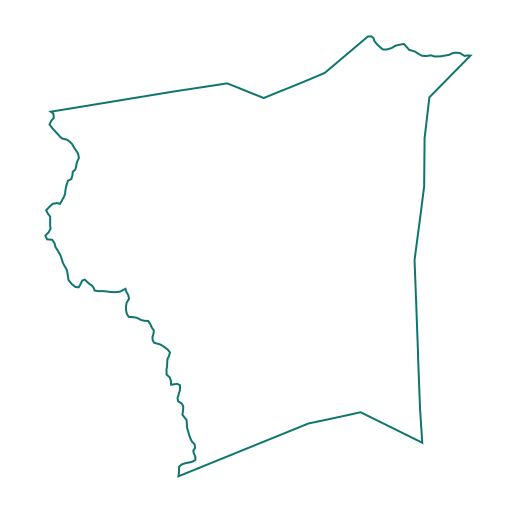 outline of Boquira, Bahia, Brazil, rotated 181°
{"feature_id": "56859067B56543556798055", "entity_name": "Boquira", "entity_type": "district", "adm_level": 2, "iso_a3": "BRA", "parent_name": "Brazil", "parent_adm1": "Bahia", "projection": "orthographic", "projection_center": [-42.646, -12.726], "detail": "fine", "context": "isolated", "style": "outline", "palette": "teal", "viewbox_px": 512, "rotation_deg": 181, "n_neighbors": 0, "source": "geoboundaries", "source_scale": "gbopen_adm2", "svg_char_len": 2326}
<svg xmlns="http://www.w3.org/2000/svg" viewBox="0 0 512 512"><g transform="rotate(181 256 256)"><path d="M446.9,242.1L444.8,238.6L443.9,233.9L443.1,228.8L439.4,224.4L435.9,221.8L432.8,221.6L431.1,224.5L429.4,228.3L426.8,229.4L424.4,227.2L422.0,225.1L419.4,223.6L417.8,221.4L416.7,218.6L412.7,218.1L407.6,218.2L403.5,217.8L400.6,217.4L396.1,217.4L391.3,218.0L386.0,220.9L384.8,217.5L383.0,214.6L382.2,211.0L384.6,207.0L385.1,203.0L385.0,199.7L384.2,196.0L382.2,192.9L377.7,192.7L373.8,192.1L369.8,190.0L366.1,189.2L362.7,189.2L360.6,186.2L359.0,182.8L356.8,179.6L357.2,176.3L358.1,173.3L357.9,170.3L356.5,167.6L353.3,166.7L349.7,165.7L347.0,164.0L342.7,161.0L340.3,158.0L341.4,154.1L342.7,151.6L342.9,148.5L343.0,144.2L343.5,140.9L343.3,135.8L340.3,133.3L339.0,130.1L338.6,125.8L332.6,126.8L329.8,125.5L329.6,121.0L330.7,117.0L332.0,112.4L331.2,109.3L327.7,107.1L326.1,104.3L326.2,100.6L326.8,96.1L324.4,93.0L322.5,90.7L322.2,87.2L322.0,83.4L320.6,78.9L319.6,75.5L318.3,72.2L316.9,69.4L314.1,66.6L313.5,63.1L315.3,60.4L314.7,57.5L313.1,54.2L313.1,50.9L316.6,49.0L323.2,47.5L326.7,46.3L329.2,44.0L329.2,38.5L329.7,34.4L200.5,89.5L180.3,94.1L148.7,101.6L86.5,72.2L89.3,106.0L92.2,157.6L92.3,161.5L95.2,215.1L97.4,254.4L96.8,260.1L92.8,294.9L89.1,328.4L89.5,376.6L85.4,417.7L45.1,460.1L48.2,460.2L51.0,459.7L55.7,462.5L59.8,462.8L63.2,462.2L66.4,460.5L75.4,458.8L80.8,458.6L84.8,459.7L89.0,458.9L93.5,459.1L96.8,460.8L100.7,463.2L103.6,464.0L106.5,464.8L108.5,467.1L111.9,470.6L116.9,469.6L120.5,468.6L124.2,466.2L129.1,464.7L132.8,464.7L135.5,466.9L138.5,469.6L141.4,473.0L142.3,475.8L144.4,477.6L148.0,477.4L169.6,458.5L190.4,440.3L212.3,430.6L251.1,414.1L287.8,428.1L337.3,419.7L352.3,417.0L463.7,396.7L461.1,394.8L460.5,390.8L463.2,387.4L464.7,383.8L461.3,379.6L456.5,374.5L452.5,370.3L446.8,368.9L444.2,367.0L441.8,364.7L439.9,361.3L437.5,358.0L435.6,355.1L434.8,350.9L436.9,346.1L437.4,341.9L438.3,339.1L440.7,337.0L441.0,333.2L442.0,329.7L445.3,328.0L446.8,323.2L447.7,318.4L448.0,314.6L449.2,311.5L451.2,307.7L452.9,304.7L456.1,305.5L460.2,304.6L463.4,301.6L466.6,298.0L464.9,294.8L462.5,291.8L462.4,288.2L462.4,283.5L461.9,279.7L463.7,276.2L466.9,272.7L465.2,269.0L460.1,268.7L457.8,265.5L456.5,261.2L454.2,257.8L451.4,253.0L450.0,249.0L449.1,246.1L446.9,242.1Z" fill="none" stroke="#0f766e" stroke-width="2"/></g></svg>